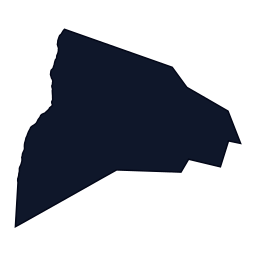 João Costa, Piauí, Brazil (orthographic projection)
{"feature_id": "56859067B8794694572671", "entity_name": "João Costa", "entity_type": "district", "adm_level": 2, "iso_a3": "BRA", "parent_name": "Brazil", "parent_adm1": "Piauí", "projection": "orthographic", "projection_center": [-42.621, -8.552], "detail": "fine", "context": "isolated", "style": "filled", "palette": "ink", "viewbox_px": 256, "rotation_deg": 0, "n_neighbors": 0, "source": "geoboundaries", "source_scale": "gbopen_adm2", "svg_char_len": 1483}
<svg xmlns="http://www.w3.org/2000/svg" viewBox="0 0 256 256"><path d="M17.7,180.4L18.0,182.7L15.4,226.7L19.1,224.7L66.1,198.3L101.2,178.5L116.6,169.9L155.0,171.2L169.3,171.7L171.6,171.7L172.9,171.8L181.0,172.1L188.6,159.2L220.4,166.8L228.5,140.9L240.6,143.4L228.0,111.1L186.9,87.4L184.5,84.2L182.7,81.7L172.2,67.3L64.5,29.3L63.3,30.7L62.2,32.5L61.1,34.3L59.7,35.5L59.0,37.2L58.4,39.0L57.9,40.5L57.7,42.8L57.4,44.4L58.1,46.9L58.6,48.0L58.4,49.2L58.4,50.8L58.1,52.4L57.6,53.9L56.9,55.4L56.7,56.8L56.6,58.4L55.5,59.7L54.9,61.6L54.5,63.2L54.3,64.6L53.7,66.2L53.0,68.4L52.1,69.3L51.2,70.2L50.9,71.4L50.7,73.1L50.5,74.4L50.8,75.6L51.2,76.8L51.5,78.0L52.4,79.5L52.8,81.2L52.5,82.9L52.5,84.3L51.9,85.6L51.9,86.7L52.2,87.9L52.6,89.0L52.3,90.6L52.4,92.9L52.5,94.5L52.6,95.8L52.6,97.5L52.7,99.6L52.2,100.8L51.7,101.9L51.9,103.3L52.5,104.9L51.8,106.1L50.8,106.9L49.6,107.9L49.1,109.0L48.2,110.0L47.1,111.0L45.8,112.2L44.9,113.1L43.3,113.7L41.7,114.5L40.7,115.5L40.2,116.8L39.1,118.4L38.2,119.5L37.6,120.8L37.1,121.8L36.2,123.3L35.0,124.3L33.9,125.1L32.2,126.1L30.7,127.4L30.1,129.0L29.4,130.2L28.5,131.9L27.6,134.2L26.9,136.2L26.0,138.0L25.7,139.4L25.4,140.8L24.8,142.7L24.5,144.4L24.4,146.2L24.5,148.1L24.4,149.4L23.8,150.9L23.1,152.3L22.5,153.9L22.3,155.8L21.8,157.4L22.0,158.7L22.0,160.0L21.9,161.3L21.5,162.7L21.1,164.2L20.5,165.7L19.8,167.0L19.4,168.3L19.4,169.5L19.4,171.3L18.9,173.6L18.7,175.5L18.3,177.2L17.8,178.7L17.7,180.4Z" fill="#0f172a" stroke="#020617" stroke-width="1.5"/></svg>